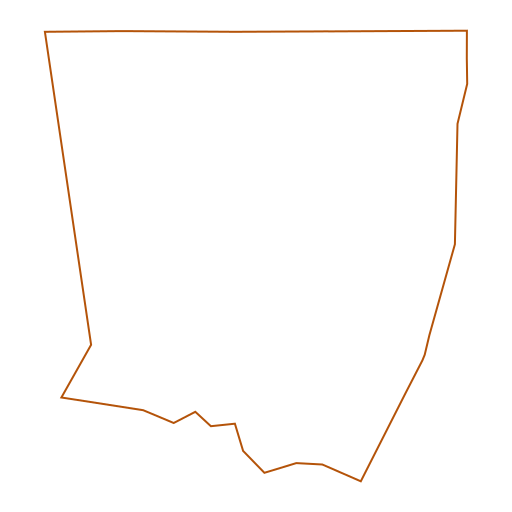 outline of Warren, North Carolina, United States of America
{"feature_id": "52423323B14296787713089", "entity_name": "Warren", "entity_type": "district", "adm_level": 2, "iso_a3": "USA", "parent_name": "United States of America", "parent_adm1": "North Carolina", "projection": "equal_earth", "projection_center": [-78.081, 36.374], "detail": "fine", "context": "isolated", "style": "outline", "palette": "amber", "viewbox_px": 512, "rotation_deg": 0, "n_neighbors": 0, "source": "geoboundaries", "source_scale": "gbopen_adm2", "svg_char_len": 483}
<svg xmlns="http://www.w3.org/2000/svg" viewBox="0 0 512 512"><path d="M321.2,31.4L234.9,31.8L234.5,31.8L122.9,31.1L121.7,31.1L44.9,31.8L91.1,344.8L61.4,397.5L143.2,410.2L173.7,423.0L195.3,411.8L210.9,426.2L234.9,423.7L243.1,450.9L264.4,472.8L296.3,463.1L322.3,464.5L360.8,481.3L405.7,392.8L422.4,360.4L424.7,354.8L429.4,335.1L454.9,244.3L457.5,123.8L467.2,83.9L466.9,63.7L466.8,58.4L466.9,30.7L328.4,31.4L328.0,31.3L321.2,31.4Z" fill="none" stroke="#b45309" stroke-width="2"/></svg>